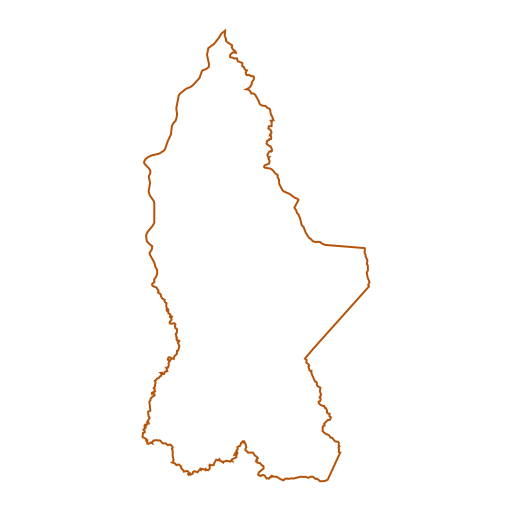 Nova Crixás, Goiás, Brazil (orthographic projection)
{"feature_id": "56859067B29339668387450", "entity_name": "Nova Crixás", "entity_type": "district", "adm_level": 2, "iso_a3": "BRA", "parent_name": "Brazil", "parent_adm1": "Goiás", "projection": "orthographic", "projection_center": [-50.603, -14.03], "detail": "fine", "context": "isolated", "style": "outline", "palette": "amber", "viewbox_px": 512, "rotation_deg": 0, "n_neighbors": 0, "source": "geoboundaries", "source_scale": "gbopen_adm2", "svg_char_len": 6068}
<svg xmlns="http://www.w3.org/2000/svg" viewBox="0 0 512 512"><path d="M154.1,279.6L154.4,281.9L152.1,284.1L152.2,285.3L153.2,286.3L156.2,287.3L158.6,290.9L158.0,292.5L160.5,294.1L161.2,296.8L162.4,298.6L164.7,299.8L164.5,301.1L165.0,302.1L166.5,303.2L166.2,306.3L166.9,308.1L166.6,309.6L167.1,310.8L168.2,309.9L168.4,313.3L170.3,314.4L170.0,316.6L171.1,316.2L172.0,316.7L171.1,317.9L171.6,319.6L169.6,322.2L169.8,323.4L172.1,323.7L174.2,323.2L175.2,323.8L175.4,324.8L174.8,326.0L175.4,328.3L176.7,328.7L177.1,330.0L176.8,332.8L175.6,334.0L176.2,335.3L176.2,336.7L176.9,337.4L176.5,339.3L177.2,340.6L178.3,340.3L179.3,341.1L177.9,342.9L179.4,346.1L178.2,350.5L177.0,350.8L176.8,354.0L174.8,355.8L173.9,357.5L173.7,358.9L170.7,358.0L169.7,357.2L168.6,357.4L168.0,358.6L167.9,359.7L168.6,360.4L170.4,360.1L168.5,363.1L168.8,365.3L167.9,367.7L166.2,367.7L167.3,371.1L165.2,371.6L163.8,374.2L162.8,374.1L162.3,372.7L160.6,372.9L161.4,373.7L161.1,375.8L159.9,376.5L158.7,378.0L157.0,378.7L156.1,380.0L154.8,380.9L155.6,382.9L155.0,384.7L155.2,386.0L153.7,388.1L154.8,389.0L154.5,390.2L155.0,391.5L152.0,392.7L151.9,393.8L153.7,393.7L154.5,394.3L154.5,395.5L152.3,396.7L150.4,399.1L150.4,400.4L149.3,401.7L150.4,410.6L148.1,411.8L148.5,415.8L149.6,418.0L147.2,421.8L148.5,422.4L148.8,423.5L147.1,423.8L146.5,425.0L145.2,424.6L144.6,425.6L145.5,426.4L144.6,427.1L145.5,427.9L143.4,429.7L144.6,430.6L144.7,432.4L143.0,432.8L142.5,437.0L146.0,438.9L146.2,440.6L147.3,440.3L147.2,443.5L148.5,443.8L150.7,442.6L152.4,443.3L151.9,442.2L153.7,440.4L154.9,440.6L156.1,440.0L157.7,440.5L159.7,440.4L160.6,440.9L162.2,442.9L163.6,443.5L165.6,443.3L167.7,445.1L170.1,444.5L172.4,446.5L172.7,447.8L171.9,448.6L172.7,451.1L172.7,456.3L173.5,459.2L173.3,461.9L172.2,462.5L175.3,463.7L176.4,465.2L178.9,464.5L181.3,466.8L181.1,468.1L183.5,470.6L183.7,471.6L187.5,471.0L188.2,471.7L188.9,472.6L188.1,474.1L188.8,475.0L190.1,473.6L190.7,474.6L192.6,473.7L193.2,471.8L194.5,471.2L197.5,472.3L199.7,469.5L200.8,470.0L200.8,468.7L204.8,469.7L205.5,469.0L205.9,470.2L206.9,469.7L208.0,470.2L209.7,468.7L209.8,466.8L209.3,465.4L209.8,464.6L210.7,465.1L213.6,465.2L214.4,462.8L216.2,459.7L217.3,460.2L218.5,460.1L219.3,459.3L219.6,460.5L220.8,460.8L223.1,462.6L223.7,461.6L226.8,460.8L230.4,461.6L231.0,460.9L232.2,461.2L231.6,460.3L231.9,459.4L236.4,457.3L236.2,455.8L237.0,454.0L234.5,454.8L235.5,452.6L237.1,452.3L236.4,450.5L237.7,449.4L237.5,446.9L240.0,445.9L241.3,442.8L242.1,442.0L243.3,442.4L243.1,441.3L244.2,441.3L245.8,445.0L246.3,447.4L245.6,448.2L245.4,450.2L247.5,451.8L248.0,452.7L252.8,452.5L254.6,455.2L256.7,456.8L257.8,458.2L256.4,459.7L257.0,460.5L256.0,461.4L257.5,462.7L260.2,463.3L261.6,465.1L263.4,466.0L263.6,468.5L259.1,472.1L258.4,473.5L258.2,474.9L260.7,476.1L261.2,475.3L263.4,475.0L264.7,475.7L266.6,478.5L267.7,478.2L268.8,478.7L271.3,476.0L271.8,476.8L272.6,476.1L273.3,476.6L276.9,476.8L280.5,479.2L283.6,480.3L285.2,478.6L289.3,478.8L291.2,478.4L293.7,478.5L300.2,476.8L305.6,476.9L308.5,477.8L310.7,476.6L313.2,476.9L315.7,479.0L317.1,478.7L320.2,481.3L324.9,481.0L327.7,479.7L340.2,452.6L338.7,451.9L339.0,449.3L338.5,447.8L339.5,446.3L338.7,445.7L338.9,443.0L338.1,441.8L335.0,441.3L332.1,437.7L330.7,437.7L328.8,435.1L325.7,433.9L322.6,431.2L322.7,426.9L323.7,425.6L324.6,425.5L324.2,423.6L327.7,420.1L330.1,419.7L330.9,417.4L329.5,416.3L329.5,413.7L328.2,413.7L326.8,412.2L327.1,410.7L325.7,407.8L324.7,407.8L324.1,406.0L323.0,406.0L320.4,404.8L318.7,403.1L318.7,401.7L320.0,401.2L320.5,400.0L320.6,398.6L319.6,397.4L320.5,396.7L320.4,395.7L321.1,394.5L319.9,391.5L320.4,387.7L317.9,386.4L316.9,385.2L316.8,382.7L316.1,381.8L315.1,381.6L314.1,379.4L311.6,373.7L311.4,370.9L310.6,371.3L309.5,370.2L308.4,366.5L309.2,365.8L308.8,364.7L306.3,362.5L306.6,360.0L304.9,358.6L313.1,348.9L369.0,286.4L368.2,285.0L369.5,282.1L367.7,277.7L366.7,272.8L367.9,270.4L367.8,265.6L366.9,264.1L367.4,260.3L365.6,256.5L365.6,254.9L364.5,252.5L364.9,249.6L364.6,248.1L325.1,244.9L321.6,243.4L320.5,242.2L318.0,241.7L316.2,242.1L312.9,241.3L310.9,239.1L308.9,237.7L305.7,232.6L303.6,227.1L301.7,225.2L300.1,218.4L298.4,214.4L297.0,212.9L296.2,210.4L294.4,207.7L298.5,200.0L297.7,198.9L294.5,197.6L289.7,194.0L283.6,191.3L282.5,190.3L279.2,183.9L279.0,179.6L277.5,177.1L277.7,174.9L275.2,173.4L273.1,170.5L270.7,168.7L264.6,167.6L264.0,166.7L264.7,165.4L269.1,163.5L269.6,160.7L268.4,158.6L269.4,157.1L268.3,157.1L267.3,155.1L269.3,151.5L270.4,151.1L271.2,151.6L272.0,150.8L271.9,149.3L270.5,146.3L269.2,145.9L266.5,143.7L267.2,140.7L268.9,140.1L269.3,139.1L271.0,139.0L271.3,137.6L270.8,135.3L269.8,135.4L270.2,134.2L271.5,132.9L271.3,131.7L270.6,130.0L268.4,128.5L268.8,126.3L271.6,126.1L271.7,122.1L270.8,120.7L273.5,120.3L272.0,116.2L270.9,114.5L270.1,109.9L269.3,108.5L267.8,108.2L265.6,106.0L262.1,105.6L260.7,104.8L259.6,103.8L258.6,100.8L255.2,94.8L253.5,93.5L251.2,93.4L250.2,91.1L248.3,89.7L246.3,89.3L249.3,87.8L250.8,85.9L251.8,83.7L251.8,82.4L253.7,79.5L254.0,77.5L253.4,76.3L250.5,76.0L249.0,74.8L246.8,75.2L246.0,74.3L245.7,72.5L246.9,70.4L245.7,70.2L244.3,68.4L243.9,67.0L242.2,66.1L242.3,63.0L238.1,61.4L237.5,60.6L237.0,58.3L234.3,58.5L232.3,57.6L230.3,57.3L229.9,55.6L230.8,54.1L233.0,52.3L235.9,52.8L235.6,51.6L232.9,49.3L231.7,47.3L232.2,45.4L226.9,41.9L226.0,40.7L226.1,38.7L224.7,36.1L225.1,30.7L221.4,33.6L218.6,38.2L214.1,43.9L208.4,48.0L207.0,54.8L209.0,64.1L208.8,67.0L206.1,69.1L202.7,70.3L201.8,71.4L199.5,78.0L193.1,85.0L190.4,87.1L186.2,88.7L179.7,93.9L178.7,95.8L176.5,107.0L176.4,109.6L177.1,113.7L176.5,118.1L175.5,120.9L173.3,123.2L171.9,126.0L170.9,134.5L167.8,141.1L165.0,149.2L163.4,151.0L158.9,153.8L151.9,155.3L147.9,157.2L145.5,159.1L144.2,161.6L144.1,162.6L144.6,163.9L148.8,168.3L150.3,170.6L150.3,173.1L148.7,176.5L150.1,182.9L148.6,191.6L149.8,195.4L153.7,200.9L154.3,203.5L154.3,222.8L152.7,225.7L147.6,231.9L146.5,234.0L146.1,236.5L146.9,241.4L150.0,244.6L152.2,246.1L151.9,249.2L149.6,252.9L149.9,254.7L154.2,262.4L155.5,267.1L157.1,269.9L157.2,273.7L156.2,276.5L154.1,279.6Z" fill="none" stroke="#b45309" stroke-width="2"/></svg>